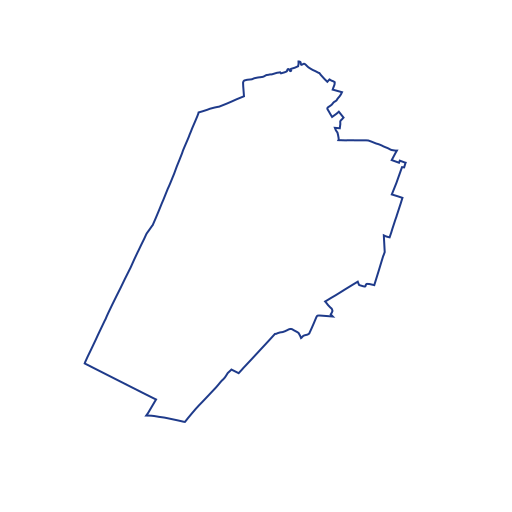 outline of Tan Phuoc, Tiền Giang, Vietnam, rotated 298°
{"feature_id": "81297802B67867529169474", "entity_name": "Tan Phuoc", "entity_type": "district", "adm_level": 2, "iso_a3": "VNM", "parent_name": "Vietnam", "parent_adm1": "Tiền Giang", "projection": "albers", "projection_center": [106.267, 10.509], "detail": "fine", "context": "isolated", "style": "outline", "palette": "blue", "viewbox_px": 512, "rotation_deg": 298, "n_neighbors": 0, "source": "geoboundaries", "source_scale": "gbopen_adm2", "svg_char_len": 5177}
<svg xmlns="http://www.w3.org/2000/svg" viewBox="0 0 512 512"><g transform="rotate(298 256 256)"><path d="M447.3,226.1L447.2,225.7L447.1,225.4L447.1,224.8L447.1,224.2L447.1,223.8L447.1,221.7L446.9,218.7L447.0,216.1L447.2,213.7L447.6,212.1L448.2,210.2L448.4,209.1L448.4,208.6L448.3,208.2L448.0,207.8L446.7,206.9L446.3,206.6L446.1,206.2L446.5,205.5L447.2,205.0L447.6,204.7L447.9,204.4L448.1,204.1L448.1,203.4L448.0,203.0L447.9,202.5L447.7,202.2L446.5,202.9L445.3,203.5L443.8,203.9L443.3,204.1L442.3,203.3L441.4,202.6L440.5,201.9L439.5,200.9L438.2,199.6L437.7,199.1L437.3,198.9L436.9,198.9L436.6,199.1L436.3,199.6L436.1,200.0L435.7,199.9L435.4,199.6L435.4,199.1L435.5,198.8L435.7,198.4L436.0,197.9L436.2,197.5L436.3,197.3L436.3,197.0L436.2,196.7L435.9,196.4L435.6,196.3L434.9,196.3L434.3,196.4L433.6,196.5L433.2,196.3L431.6,195.0L429.0,192.3L429.5,191.0L429.1,190.6L427.6,188.5L426.0,186.9L425.7,186.6L424.0,184.9L423.6,184.4L423.4,184.1L423.2,183.7L422.9,183.1L421.9,182.0L421.1,180.9L420.7,180.3L419.9,179.7L419.4,179.4L418.6,178.9L417.8,178.3L417.2,177.7L416.7,177.0L416.3,176.4L415.8,175.8L415.3,175.0L414.8,174.3L414.2,173.5L412.1,171.0L411.6,170.6L410.7,169.9L410.3,169.6L410.2,169.5L410.2,169.4L409.8,169.0L407.4,165.4L405.5,163.3L404.6,163.0L404.0,163.0L403.0,163.2L399.9,165.0L391.4,170.4L385.4,165.4L381.0,162.0L377.5,159.2L376.4,158.3L373.1,155.5L370.5,153.3L369.7,152.2L367.7,149.8L364.4,146.2L362.2,144.3L358.6,140.8L355.8,137.9L354.7,138.2L351.5,138.6L345.9,139.1L338.6,139.7L335.3,140.1L332.0,140.4L329.9,140.7L325.5,141.1L319.3,141.6L314.9,142.0L311.9,142.5L304.8,143.3L298.0,144.0L290.1,145.1L285.0,145.6L284.2,145.7L279.1,146.2L275.2,146.5L274.4,146.5L269.7,147.0L262.3,147.8L258.5,148.1L250.9,148.9L242.3,149.7L234.6,150.3L233.9,150.1L229.8,149.6L224.6,148.9L223.6,148.9L218.7,149.2L212.0,149.4L205.2,149.7L204.2,149.7L195.8,150.1L186.9,150.7L174.3,151.0L164.2,151.4L155.5,151.6L145.7,151.9L136.1,152.3L132.8,152.5L129.7,152.8L127.7,152.8L111.9,153.5L107.1,153.8L96.0,154.3L88.0,154.6L81.8,155.0L81.3,155.1L80.7,155.2L81.7,205.8L82.0,220.6L82.3,232.8L82.4,235.1L71.2,234.6L66.6,234.4L63.6,234.0L65.7,238.2L66.9,241.2L67.9,244.2L68.4,245.8L70.3,250.9L71.2,253.9L74.1,264.0L75.0,267.3L75.6,269.6L76.1,271.1L76.4,271.2L78.0,271.5L81.3,272.1L83.6,272.6L86.6,273.2L92.9,274.6L97.5,275.8L104.1,277.7L109.5,279.2L115.0,280.7L121.2,282.4L124.3,283.1L128.2,283.9L130.2,284.4L131.5,284.9L133.4,285.4L134.5,285.6L136.5,285.8L139.4,286.0L143.1,287.3L144.2,287.6L144.4,295.7L148.6,296.8L151.6,297.5L162.5,300.5L174.3,303.6L186.3,306.8L196.1,309.3L196.7,310.3L198.1,311.4L199.8,313.1L201.4,315.3L203.4,317.1L204.4,317.8L205.3,318.5L206.5,319.3L207.4,320.2L208.0,321.1L208.3,322.2L208.3,322.8L208.2,323.9L208.2,326.0L208.2,327.8L208.1,329.1L208.0,329.8L207.7,330.2L207.2,331.0L206.0,332.8L205.4,333.5L204.7,334.3L205.3,334.6L205.5,334.6L207.3,335.1L208.3,335.7L209.2,336.6L210.5,338.1L211.4,338.8L212.3,339.3L212.8,339.4L213.5,339.3L215.5,339.2L218.8,339.0L223.9,338.6L227.1,338.3L230.5,338.0L231.7,338.1L232.1,338.3L232.5,338.7L233.4,340.3L236.0,346.2L238.6,352.2L239.5,349.4L241.8,349.5L243.4,349.3L243.9,348.8L244.6,348.2L245.2,347.1L245.3,346.3L245.7,345.0L246.5,342.6L247.5,340.4L248.3,338.4L249.7,339.3L254.3,342.0L258.8,344.8L267.8,350.0L276.8,355.3L281.1,357.9L279.6,359.6L278.8,360.7L278.8,360.8L279.6,364.8L280.0,366.1L280.2,366.5L280.4,366.7L280.7,366.8L281.3,366.7L281.9,366.6L282.1,366.5L282.5,366.6L283.1,366.7L283.4,367.0L283.6,367.3L284.5,369.3L285.1,371.5L285.7,373.7L285.8,374.1L300.5,371.3L308.1,369.8L310.6,369.3L315.8,368.3L316.4,368.3L319.9,367.8L327.2,363.4L331.5,360.8L334.2,359.2L334.3,361.2L334.6,362.9L335.2,365.2L340.2,364.4L343.7,363.7L350.0,362.6L352.8,362.1L357.4,361.4L357.6,361.3L360.0,360.9L361.7,360.6L370.3,359.1L376.1,358.0L375.3,353.3L374.1,347.0L386.2,345.7L403.0,343.2L403.8,345.2L407.9,344.4L408.6,344.3L408.4,343.5L407.7,338.2L405.5,338.5L404.4,330.8L412.2,330.8L415.2,330.9L414.5,329.6L413.9,327.9L413.3,326.1L413.1,325.0L413.1,323.5L413.1,321.9L413.0,320.8L412.8,319.2L412.6,317.0L412.6,315.1L412.4,312.8L412.2,311.4L412.0,310.5L411.8,309.7L411.7,309.1L411.2,304.3L411.0,302.9L410.7,300.9L409.9,299.1L401.0,282.2L400.4,281.3L398.0,276.4L397.6,275.7L397.0,274.4L397.3,274.4L397.7,274.3L399.0,273.5L401.4,271.6L403.3,269.9L403.6,269.2L404.5,267.5L405.6,266.2L406.2,265.5L408.1,270.0L412.1,268.5L414.2,267.3L414.8,267.2L415.4,267.2L417.3,267.8L419.3,268.3L422.3,261.4L422.0,261.3L419.4,260.3L414.5,257.9L415.8,255.7L416.4,254.7L417.5,253.0L418.6,251.2L419.2,250.2L419.6,249.8L420.0,249.7L420.4,249.6L420.7,249.7L421.2,249.8L422.1,250.3L423.2,250.9L424.2,251.4L425.1,251.8L426.5,252.1L427.7,252.3L428.5,252.6L429.0,252.8L429.5,253.2L430.1,253.5L430.8,253.9L431.5,254.1L432.6,254.1L433.6,254.3L434.4,254.4L435.5,254.7L436.6,254.9L437.6,255.0L438.5,255.1L439.5,255.1L440.2,255.0L441.0,255.0L440.1,250.9L439.1,246.4L438.9,245.6L440.6,245.3L443.1,245.0L444.3,244.8L445.6,244.3L446.4,243.9L446.5,243.5L446.5,243.0L446.5,242.5L446.5,242.1L446.5,241.6L446.4,241.1L446.3,240.7L446.3,240.2L446.3,239.1L446.4,238.6L446.4,238.0L443.3,237.2L444.4,233.5L445.4,230.7L446.3,228.2L447.3,226.1Z" fill="none" stroke="#1e3a8a" stroke-width="2"/></g></svg>